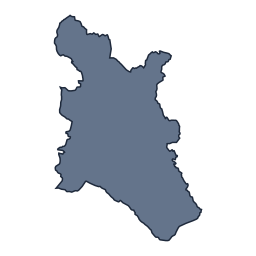 outline of Yen Thuy, Hòa Bình, Vietnam
{"feature_id": "81297802B65575052729344", "entity_name": "Yen Thuy", "entity_type": "district", "adm_level": 2, "iso_a3": "VNM", "parent_name": "Vietnam", "parent_adm1": "Hòa Bình", "projection": "natural_earth1", "projection_center": [105.632, 20.427], "detail": "fine", "context": "isolated", "style": "filled", "palette": "slate", "viewbox_px": 256, "rotation_deg": 0, "n_neighbors": 0, "source": "geoboundaries", "source_scale": "gbopen_adm2", "svg_char_len": 5695}
<svg xmlns="http://www.w3.org/2000/svg" viewBox="0 0 256 256"><path d="M70.1,15.4L69.3,16.1L67.0,17.6L64.9,19.2L63.9,19.6L63.3,20.4L61.8,21.3L60.9,22.5L59.8,23.2L59.6,24.8L58.8,27.4L57.2,30.0L56.9,31.0L56.9,32.5L57.6,34.8L57.4,36.4L56.6,37.3L55.9,37.7L55.1,38.6L54.9,39.2L54.6,40.7L54.5,43.1L55.7,44.8L56.3,46.1L56.4,46.5L56.5,49.4L57.0,51.2L58.2,53.5L59.6,55.1L60.8,55.8L62.3,55.0L63.4,54.8L65.0,56.1L66.9,56.3L68.0,56.8L70.5,58.2L71.4,58.9L72.0,60.3L72.9,61.6L72.5,61.8L71.7,61.8L71.6,62.4L71.7,62.8L72.8,63.7L75.5,66.8L76.8,67.7L77.1,69.6L78.8,70.4L79.5,71.2L80.5,71.2L80.8,71.4L81.5,72.5L82.5,75.7L82.7,77.5L83.0,78.7L83.0,80.7L82.8,80.9L81.8,80.9L78.5,80.8L78.6,82.2L79.0,83.2L80.4,83.7L80.7,84.0L80.5,86.5L80.1,86.9L77.2,87.1L76.8,87.6L75.8,89.6L75.2,90.2L74.6,90.4L71.1,90.9L68.6,90.8L67.7,90.2L65.5,88.1L64.9,87.7L62.4,87.8L61.2,87.6L60.3,87.2L60.5,87.9L61.8,89.9L61.5,91.8L61.3,94.9L61.6,96.4L61.6,99.6L60.8,102.2L60.7,103.7L60.7,104.9L60.5,106.5L59.6,109.7L59.7,112.4L60.2,113.3L62.0,115.2L64.8,116.9L67.0,118.9L68.6,119.1L69.5,119.9L72.1,121.6L71.3,125.8L70.4,129.2L70.0,130.3L69.2,131.0L68.3,131.4L66.3,131.7L66.0,132.0L65.9,132.5L66.1,133.4L67.5,133.6L67.8,134.0L68.1,135.8L68.3,136.3L68.9,136.6L70.0,136.6L70.4,137.0L70.1,138.3L69.7,138.7L68.8,139.2L67.6,139.4L67.3,139.6L67.0,140.0L65.9,144.0L65.4,145.1L64.5,146.1L63.9,146.4L62.6,146.4L62.1,147.0L61.7,147.3L60.1,147.3L58.3,148.5L57.7,149.2L57.9,149.8L62.5,150.4L63.2,150.8L63.6,151.2L64.4,151.8L64.6,152.3L63.5,152.9L62.8,154.1L60.5,153.5L59.7,153.6L59.1,153.1L58.8,153.1L58.8,154.6L59.9,157.7L60.1,158.8L60.2,160.8L60.0,162.3L59.8,163.2L59.4,164.0L55.9,166.3L55.3,167.4L55.3,168.8L55.6,170.1L56.9,171.0L57.7,172.4L58.2,172.9L58.7,173.2L59.3,173.3L60.1,173.7L60.9,174.3L61.0,174.7L60.7,176.5L62.3,177.9L62.5,178.8L62.3,180.5L61.9,181.2L56.1,188.2L58.5,188.0L61.5,189.2L65.0,189.7L66.6,191.4L67.0,191.6L69.4,191.5L71.8,192.1L75.2,190.7L77.6,190.9L79.0,189.9L82.2,186.4L85.4,181.6L86.0,181.2L86.5,181.3L90.0,183.2L95.1,185.5L98.6,186.6L100.0,186.4L101.8,188.0L105.4,189.7L106.0,191.4L106.8,192.5L108.7,193.9L111.0,196.6L113.5,198.7L113.9,199.6L114.9,200.3L118.3,201.8L118.7,201.8L119.1,201.6L120.1,200.5L120.6,200.5L122.9,202.7L128.3,205.6L129.4,206.9L131.1,209.4L131.7,209.8L132.1,210.0L133.8,210.2L134.5,211.8L135.2,212.6L135.2,213.1L134.9,214.0L135.6,214.7L137.3,215.7L138.5,217.7L139.1,219.2L140.4,220.8L141.6,221.9L143.9,223.3L144.8,224.3L147.6,226.4L149.9,229.0L151.2,230.1L152.0,232.8L154.4,235.7L155.5,236.9L156.1,237.2L157.5,237.2L157.9,237.3L158.5,237.7L159.5,239.4L160.1,239.8L165.9,240.6L167.8,240.6L169.0,240.2L170.3,238.7L171.8,236.6L173.2,235.7L174.3,235.2L175.1,234.5L176.1,232.0L178.2,227.9L179.3,226.4L186.0,223.3L192.9,220.7L196.3,219.2L197.6,218.3L198.3,216.6L199.2,215.7L199.7,215.0L199.8,212.9L200.1,212.7L200.9,212.4L201.2,210.5L201.5,209.5L200.1,209.1L198.8,207.6L197.9,207.3L197.2,206.7L196.4,204.5L195.5,203.3L194.3,202.3L193.2,200.9L192.4,197.2L192.1,197.0L190.9,196.8L189.9,195.7L189.4,192.8L188.9,191.8L188.7,191.6L187.8,191.3L187.2,190.3L186.0,189.9L185.9,189.2L187.5,186.9L188.0,185.6L188.0,184.8L187.8,184.0L187.4,183.7L186.5,184.0L185.9,183.6L184.0,180.9L182.4,177.7L181.7,177.1L181.5,175.1L181.3,174.4L181.8,173.4L181.7,173.0L180.0,171.9L178.7,170.9L178.4,168.9L177.9,168.1L176.0,167.7L175.6,166.7L174.7,166.5L174.6,166.3L174.5,165.0L173.9,164.6L173.9,164.1L175.2,164.1L175.7,163.8L175.9,163.3L175.3,162.7L174.7,162.0L172.9,161.1L172.3,160.3L172.3,159.5L172.7,159.0L173.1,158.9L175.1,159.7L175.4,159.3L175.7,157.5L176.1,157.1L176.9,156.9L177.2,156.6L177.3,155.7L176.9,155.4L176.3,155.6L176.1,155.5L174.1,150.7L173.9,150.7L173.4,151.2L172.9,151.2L172.3,149.9L172.0,149.8L170.7,150.8L169.8,151.2L168.8,150.3L166.8,147.6L166.7,146.8L167.1,144.7L167.1,143.7L167.8,143.6L169.7,143.6L172.4,142.4L176.5,142.4L179.7,138.1L178.8,136.9L178.7,135.9L178.8,135.1L180.0,133.9L179.9,132.9L179.2,131.8L179.4,130.5L179.4,128.7L179.6,126.3L178.8,125.1L178.7,124.1L177.8,122.5L176.6,120.8L175.9,120.3L171.4,120.2L169.9,120.7L169.3,120.6L168.9,120.4L167.1,117.6L166.7,117.3L166.3,117.4L165.5,118.6L165.4,118.6L164.6,116.9L163.4,115.3L162.4,111.0L162.1,110.4L161.9,109.1L160.8,108.3L160.4,107.8L160.1,106.8L159.7,104.2L159.1,103.7L158.0,103.4L157.6,102.3L157.0,101.2L156.6,100.7L155.4,99.9L155.2,99.3L155.3,98.0L156.2,96.6L156.5,95.4L156.4,93.9L155.8,91.7L156.7,90.0L157.0,88.6L156.7,85.0L157.3,83.9L159.2,82.4L162.9,80.2L163.0,79.8L162.8,77.3L163.2,76.9L165.0,76.2L164.9,75.6L163.9,74.0L162.8,73.2L161.2,72.5L161.1,72.3L161.0,71.6L161.7,69.2L161.7,66.5L162.7,65.2L164.3,64.6L165.1,63.9L165.9,62.0L167.8,61.7L168.3,61.2L168.9,59.7L170.2,59.2L171.2,55.8L170.1,54.9L169.2,53.9L168.7,53.6L167.1,53.1L163.6,52.3L160.2,51.0L159.5,51.1L159.4,51.2L159.9,52.7L159.9,53.4L159.6,53.7L158.8,53.9L158.0,53.7L157.0,52.6L155.7,51.8L155.2,51.9L154.3,52.4L153.7,52.6L152.9,52.5L152.4,51.9L151.4,52.5L150.2,53.7L148.6,55.0L146.7,60.0L146.0,60.2L145.6,60.6L145.3,63.5L145.5,64.2L145.4,65.0L143.7,67.8L142.7,66.8L141.5,65.9L140.1,65.6L139.4,66.4L137.3,67.5L136.5,68.2L135.6,68.0L134.5,68.5L133.1,67.8L132.8,67.8L131.1,70.0L130.8,70.8L130.6,71.9L129.3,71.7L126.4,69.9L121.2,64.2L120.0,63.2L119.1,62.0L117.8,61.1L116.3,59.4L113.6,57.9L109.7,57.9L111.2,48.9L109.8,39.8L109.1,39.6L108.6,38.5L108.0,36.2L107.4,34.9L106.9,34.9L105.4,35.7L104.9,35.7L103.4,34.7L102.6,34.5L101.9,34.8L99.4,36.6L99.0,36.5L97.9,34.2L97.7,34.0L95.7,34.4L93.8,32.9L92.1,34.2L90.3,33.6L87.3,34.5L87.0,34.4L86.8,34.3L86.6,33.3L86.5,31.3L86.6,29.7L84.8,28.3L83.7,27.0L83.0,26.6L82.3,26.5L82.0,26.3L81.5,25.0L81.3,24.1L80.2,21.8L79.8,21.5L78.3,20.9L75.3,20.3L75.0,19.8L74.5,16.8L72.0,16.6L71.0,16.1L70.1,15.4Z" fill="#64748b" stroke="#1e293b" stroke-width="1.5"/></svg>